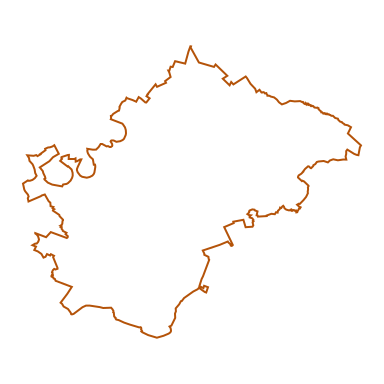 Satulung, Maramures, Romania (Natural Earth projection)
{"feature_id": "2599482B12544437302326", "entity_name": "Satulung", "entity_type": "district", "adm_level": 2, "iso_a3": "ROU", "parent_name": "Romania", "parent_adm1": "Maramures", "projection": "natural_earth1", "projection_center": [23.421, 47.561], "detail": "fine", "context": "isolated", "style": "outline", "palette": "amber", "viewbox_px": 384, "rotation_deg": 0, "n_neighbors": 0, "source": "geoboundaries", "source_scale": "gbopen_adm2", "svg_char_len": 5900}
<svg xmlns="http://www.w3.org/2000/svg" viewBox="0 0 384 384"><path d="M297.2,212.2L297.2,211.1L297.9,210.8L299.0,208.6L299.8,208.6L300.6,207.3L299.1,206.6L297.1,204.7L298.8,203.7L299.7,204.0L303.5,200.1L306.1,196.9L307.9,193.2L307.7,191.9L308.1,189.1L307.9,187.2L308.5,186.3L308.5,185.7L304.0,181.4L302.4,180.7L301.9,181.1L298.0,177.5L298.1,176.5L298.7,175.4L301.3,173.7L303.0,172.0L302.8,171.9L305.1,168.9L308.1,166.3L309.0,166.5L310.6,168.1L311.1,168.2L313.2,166.1L313.4,165.2L315.3,164.1L316.8,162.0L318.6,161.5L323.7,161.0L327.9,162.4L329.9,160.5L333.2,159.3L337.9,160.3L343.3,159.5L346.3,159.6L345.6,156.5L346.2,154.0L346.2,151.1L347.3,149.6L354.2,153.9L356.7,154.9L358.4,155.2L359.9,147.3L361.0,145.4L347.9,133.5L351.0,127.2L347.8,125.3L344.5,124.6L344.1,123.9L342.4,122.9L341.9,122.1L340.2,121.7L338.3,119.9L337.9,118.7L335.2,118.0L332.9,115.8L331.3,115.8L330.4,115.0L329.2,114.8L328.8,114.2L327.5,114.3L327.1,113.6L326.7,113.6L326.3,114.2L325.5,114.1L325.3,113.5L323.8,113.6L323.9,113.2L323.1,113.3L322.2,112.3L321.3,112.4L320.6,110.9L319.9,110.6L318.4,108.9L318.5,108.2L317.5,107.6L316.7,107.8L314.4,107.5L313.3,106.1L310.9,106.1L310.7,105.9L311.2,105.4L310.3,105.0L308.9,104.7L308.5,105.0L307.6,104.6L308.4,103.8L308.2,103.6L306.9,103.5L306.3,104.4L305.7,103.4L305.5,103.9L304.8,104.0L303.5,103.1L303.5,102.4L302.9,101.9L302.0,102.0L300.2,101.1L294.8,101.4L290.0,100.8L286.0,103.0L281.9,104.4L279.0,102.3L276.9,99.6L274.1,97.4L270.6,96.5L269.6,95.8L267.4,95.7L267.3,94.8L266.5,93.9L266.3,93.1L264.9,93.4L264.1,92.4L263.1,92.1L262.0,92.6L261.5,92.5L259.5,89.8L256.4,92.2L255.2,88.8L250.5,83.8L247.0,78.1L245.7,76.5L233.4,84.4L231.2,82.0L229.6,85.3L222.8,78.7L227.3,75.8L215.6,64.5L214.0,66.9L198.9,62.5L190.6,47.5L191.0,46.4L190.4,46.3L188.5,51.5L185.2,63.6L175.1,61.2L172.7,67.0L170.6,66.7L169.4,70.5L168.3,70.5L169.3,72.5L170.6,77.0L165.1,81.1L166.0,82.8L157.0,86.8L155.6,84.3L147.5,94.3L147.8,94.5L146.5,96.2L149.6,98.3L146.3,102.5L145.3,102.4L141.0,98.6L138.7,97.1L136.2,101.7L132.5,100.0L127.3,98.3L126.5,97.7L125.3,100.5L122.3,102.0L120.9,104.1L119.4,107.0L119.7,107.7L119.0,110.6L117.8,111.0L113.2,113.9L111.7,115.8L110.9,115.9L111.1,118.5L110.8,119.2L122.3,123.6L123.0,124.4L125.0,127.4L125.8,130.1L126.0,133.3L125.7,135.0L124.0,138.8L122.7,140.0L120.2,141.2L116.4,141.8L113.7,140.5L111.8,140.4L111.0,140.7L110.6,141.5L112.1,143.9L112.3,145.5L112.1,146.1L110.8,147.0L109.7,147.0L108.0,146.1L106.6,146.4L102.2,144.0L100.6,144.0L98.7,147.0L96.1,149.6L93.0,149.7L87.3,148.8L87.6,150.0L87.3,150.4L87.4,151.6L88.0,153.5L90.0,156.7L92.9,159.3L93.8,164.7L95.0,164.6L95.2,165.3L95.3,167.0L94.4,172.5L93.7,174.1L92.4,175.6L89.7,177.0L86.8,177.7L82.2,176.8L80.2,175.6L77.7,172.3L76.9,170.1L77.0,168.9L77.8,166.8L81.3,159.4L80.2,159.4L77.3,161.1L75.7,161.6L75.5,158.4L74.4,159.0L68.7,159.0L68.9,154.9L67.8,155.0L61.5,157.1L61.3,158.0L62.0,158.9L60.2,160.9L67.7,166.6L68.1,166.2L71.6,169.5L72.6,172.8L72.7,175.7L72.1,177.8L70.6,180.6L68.0,183.1L66.6,183.9L63.1,184.5L62.2,186.4L52.2,184.6L47.8,182.6L44.5,179.5L44.3,179.0L45.4,178.2L45.0,176.6L43.3,173.1L42.8,171.1L39.8,167.4L49.4,161.2L53.0,157.2L58.8,153.8L54.3,145.2L52.6,146.4L50.0,147.3L48.0,147.5L45.1,148.8L45.5,150.2L40.1,154.1L40.4,154.4L37.5,156.1L36.3,155.1L33.6,155.8L27.3,155.3L29.0,158.0L29.5,160.9L32.5,164.2L33.1,165.4L34.6,169.4L35.2,173.0L36.6,175.8L34.8,178.2L32.5,179.9L30.1,180.7L28.6,180.8L27.9,180.4L23.0,183.6L24.3,189.6L25.2,191.3L27.9,194.6L28.6,196.5L27.8,198.2L28.5,201.5L40.8,196.2L41.7,195.5L44.8,194.5L48.7,201.3L50.3,202.6L50.6,206.2L53.4,207.0L52.6,208.2L54.1,209.1L53.3,209.5L52.9,210.6L59.3,214.9L59.6,216.2L63.0,219.7L63.0,220.4L62.5,221.0L62.3,223.8L61.4,225.1L60.4,225.7L61.4,226.2L60.7,227.1L61.7,227.5L61.6,228.8L62.6,230.0L62.8,230.9L66.5,232.8L65.5,234.1L67.8,236.2L67.6,237.4L66.8,238.0L50.8,232.1L46.1,237.2L35.3,233.1L35.3,233.5L36.8,234.6L38.1,236.4L39.0,239.5L38.2,241.8L36.8,243.5L35.0,243.7L32.5,245.2L36.0,246.6L34.3,250.0L37.8,251.4L41.4,253.9L43.5,257.6L45.5,256.8L47.0,254.1L50.1,255.5L50.9,254.2L54.0,255.8L53.1,257.1L57.5,267.9L57.5,268.8L55.4,269.5L54.2,268.9L52.9,270.2L52.1,271.9L52.0,272.4L52.6,272.9L52.5,273.8L52.0,274.8L52.8,274.7L53.0,275.1L52.6,276.1L51.8,276.7L53.4,277.6L53.6,278.5L54.9,279.0L55.6,280.8L71.8,286.9L67.4,293.7L60.6,302.7L62.1,303.9L63.6,306.5L68.0,309.0L70.7,312.7L71.2,314.2L71.9,314.4L73.6,313.9L82.5,307.2L86.0,305.6L89.7,305.6L99.7,307.1L103.2,308.0L111.1,307.7L112.5,309.3L113.5,311.1L113.2,312.3L113.8,312.7L114.2,316.5L115.7,318.0L115.5,318.5L116.2,319.5L118.7,320.1L124.1,322.6L129.9,324.6L139.2,327.4L140.6,327.2L141.1,327.6L141.3,328.7L141.1,329.4L142.0,330.9L141.4,331.5L142.4,332.3L148.2,335.1L156.9,337.7L163.5,335.8L168.7,333.6L170.3,332.4L170.9,331.4L171.0,330.3L170.6,328.1L169.5,326.5L171.4,325.6L175.2,317.9L175.0,313.6L175.9,311.3L175.7,308.4L179.2,304.3L180.6,301.7L181.2,301.0L181.8,301.0L184.1,298.0L193.3,291.5L197.7,289.2L198.9,287.8L204.8,292.0L206.2,292.5L208.0,287.2L204.1,285.8L203.4,288.1L199.4,286.1L201.6,279.1L203.0,276.3L209.2,259.8L208.7,259.0L208.4,256.8L204.3,254.8L204.3,253.6L202.8,250.5L219.6,244.9L227.8,241.5L228.4,242.5L230.2,244.0L230.8,245.6L231.6,245.9L232.3,245.6L232.8,245.0L224.2,227.1L233.7,223.1L233.3,221.7L243.4,219.8L245.6,227.2L252.5,226.7L253.3,225.3L252.6,222.5L253.5,221.3L252.8,220.8L253.4,219.9L252.3,218.3L249.6,217.4L249.6,216.3L250.8,215.3L248.8,215.0L247.4,214.1L249.0,212.6L249.3,211.7L249.1,211.3L249.6,210.5L252.3,209.4L254.5,209.7L254.9,210.4L257.5,211.4L256.6,215.3L257.6,215.5L257.9,216.6L266.4,216.1L266.8,216.0L266.7,215.5L271.4,213.8L274.8,214.2L276.1,212.2L277.6,212.6L278.0,210.7L279.7,209.2L280.1,207.6L281.3,208.0L282.1,206.7L283.2,205.8L284.0,206.8L284.5,208.3L286.2,209.6L289.0,210.4L290.9,210.0L290.8,209.6L291.4,209.4L291.9,210.3L291.8,210.8L292.6,210.8L293.2,210.0L294.7,210.3L295.1,210.9L296.0,210.6L296.3,212.4L297.2,212.2Z" fill="none" stroke="#b45309" stroke-width="2"/></svg>